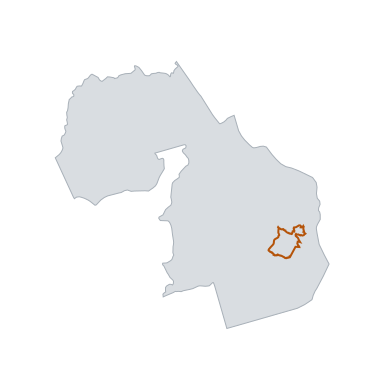 Mulobezi, Western, Zambia (highlighted), rotated 254°
{"feature_id": "96606910B3196683578902", "entity_name": "Mulobezi", "entity_type": "district", "adm_level": 2, "iso_a3": "ZMB", "parent_name": "Zambia", "parent_adm1": "Western", "projection": "mercator", "projection_center": [24.85, -16.28], "detail": "fine", "context": "in_parent", "style": "outline", "palette": "amber", "viewbox_px": 384, "rotation_deg": 254, "n_neighbors": 0, "source": "geoboundaries", "source_scale": "gbopen_adm2", "svg_char_len": 7748}
<svg xmlns="http://www.w3.org/2000/svg" viewBox="0 0 384 384"><g transform="rotate(254 192 192)"><path d="M254.1,253.6L238.0,253.7L232.2,255.0L227.4,257.0L221.7,260.1L218.3,262.3L217.4,263.5L217.0,266.1L217.0,270.2L216.4,273.2L214.7,275.9L206.0,279.2L200.3,281.9L194.7,285.1L190.5,289.2L187.6,294.3L182.8,300.6L172.7,311.9L166.9,314.0L162.1,313.5L156.2,311.2L151.5,310.7L148.0,312.2L144.8,311.7L141.9,309.4L139.4,308.5L137.5,309.2L134.9,309.0L130.3,307.7L126.3,303.7L124.1,302.0L122.4,301.4L117.6,300.8L106.6,299.8L95.1,301.8L85.0,303.9L74.8,294.9L64.9,285.4L62.8,283.0L59.1,279.9L56.4,278.3L55.4,277.6L52.7,269.2L51.2,261.4L51.2,187.9L96.1,187.9L99.0,187.6L99.2,186.8L97.1,182.9L97.2,181.5L97.7,178.9L99.7,173.6L99.8,171.8L98.9,166.1L99.0,162.9L99.5,156.4L99.2,154.2L100.3,151.3L100.6,149.4L101.1,148.5L100.5,146.3L99.6,138.7L99.1,135.4L101.8,135.9L102.7,137.5L103.2,139.2L104.4,139.3L107.6,140.3L108.7,141.8L109.5,144.9L109.0,146.4L108.0,147.7L109.0,148.8L111.2,149.6L112.4,149.4L116.0,147.3L119.4,146.5L121.1,145.9L128.5,144.6L130.0,143.8L131.0,143.8L131.7,144.4L131.1,146.6L130.8,148.5L131.8,152.2L132.5,153.9L134.0,155.1L135.1,155.8L136.4,157.1L138.9,156.9L144.6,158.7L146.4,159.6L148.8,160.5L150.5,160.8L156.3,161.5L162.5,162.5L165.7,162.6L168.0,162.3L169.6,161.8L170.6,161.2L171.0,160.7L173.3,153.7L174.5,153.2L176.1,152.8L177.0,153.5L178.0,157.8L182.4,161.8L184.0,165.1L185.1,168.0L186.1,168.8L187.8,169.8L190.5,170.1L192.9,170.2L205.0,175.1L206.3,176.0L207.8,178.6L208.7,181.5L209.6,183.8L211.2,184.3L212.6,184.4L213.9,186.0L215.0,187.4L218.5,193.2L219.0,195.5L220.8,197.0L223.1,197.6L225.3,197.7L226.5,197.0L229.6,195.9L232.0,194.5L233.8,194.0L234.8,194.3L235.6,195.3L236.1,198.1L237.9,199.1L239.1,198.7L239.6,197.6L239.6,197.0L239.6,167.0L238.5,167.2L237.1,168.1L233.9,168.2L232.7,168.8L232.3,169.8L232.5,171.0L232.6,172.7L232.1,173.5L230.7,173.8L228.7,173.2L225.0,172.3L222.0,171.8L219.8,169.5L216.8,166.2L214.9,164.4L210.2,160.9L209.4,160.2L208.0,158.6L206.7,155.8L205.6,152.5L204.9,150.5L206.1,147.3L208.8,136.9L209.4,133.7L211.7,130.5L211.9,127.6L211.0,123.8L211.2,121.7L211.5,109.9L210.9,106.2L209.4,102.1L206.0,96.4L206.0,95.1L211.2,91.4L212.8,90.0L215.5,87.0L217.3,84.4L218.5,82.3L218.9,79.6L218.0,77.1L219.8,76.6L262.6,70.0L263.3,71.7L264.6,74.7L266.0,76.8L267.9,78.7L269.4,79.8L270.5,80.2L277.1,80.1L279.5,81.2L281.5,82.6L282.0,84.9L283.4,86.3L284.9,87.4L285.5,87.5L286.6,87.3L288.4,87.3L290.0,87.7L290.8,88.2L290.9,90.1L291.4,91.0L293.6,91.3L295.9,91.4L298.1,92.7L300.4,92.9L303.2,93.5L304.5,94.8L307.4,96.2L311.0,97.5L314.9,99.6L315.0,100.2L315.7,101.5L316.4,102.3L316.4,103.6L316.7,104.8L317.7,105.1L318.6,105.2L319.4,104.4L320.4,104.4L321.6,104.9L322.0,106.3L322.9,108.2L324.3,109.5L325.3,110.7L325.0,112.9L324.3,115.0L326.3,117.0L328.9,119.0L329.6,119.8L329.8,122.7L330.2,123.7L331.9,126.0L332.8,127.6L332.7,128.5L328.0,133.3L325.2,134.0L323.9,135.0L323.1,136.0L325.0,140.7L326.0,142.5L325.2,144.7L323.3,148.5L322.4,148.8L322.3,151.7L322.9,152.8L323.8,153.6L324.2,155.6L324.1,160.4L322.9,166.0L325.0,170.8L325.8,171.3L328.7,171.3L329.2,171.8L328.5,173.1L326.4,175.3L322.7,176.9L317.4,178.7L316.2,180.5L315.5,183.0L316.1,184.5L316.8,185.4L316.6,187.6L316.1,190.0L316.3,191.8L316.1,193.4L315.4,194.2L314.4,196.7L313.3,199.2L312.4,200.3L311.0,201.5L308.9,202.5L308.9,203.0L311.3,204.1L312.0,204.9L312.2,205.5L311.2,206.7L312.3,207.5L313.6,208.1L314.9,209.8L316.4,212.9L316.6,213.2L317.1,213.2L317.9,212.9L319.3,211.6L320.4,211.2L321.7,213.0L299.3,220.7L294.1,222.3L286.2,225.0L283.7,226.0L281.6,227.0L260.8,233.0L257.5,234.2L250.1,237.3L249.9,237.8L250.0,239.2L250.6,242.1L251.9,244.8L253.0,246.3L253.7,250.2L254.1,253.6Z" fill="#d9dde1" stroke="#a8b0b8" stroke-width="1"/><path d="M134.4,265.0L133.6,265.3L133.1,265.2L132.4,265.0L131.6,264.6L130.8,264.3L129.2,263.8L128.7,263.8L127.9,263.9L127.5,264.0L127.2,264.0L126.5,264.0L126.3,263.8L125.9,263.0L124.7,262.4L124.7,262.1L124.3,261.2L124.2,260.4L123.9,259.4L123.8,258.9L123.6,258.4L123.4,258.1L123.0,257.7L122.5,257.4L121.9,257.1L121.0,256.8L120.2,256.4L119.8,256.2L119.5,255.9L118.9,255.1L117.2,252.2L116.9,251.9L116.7,251.4L116.3,251.0L116.0,250.4L115.7,250.1L115.4,249.8L114.9,249.5L114.4,249.6L114.2,249.8L113.7,250.2L113.5,250.3L113.4,250.5L113.1,250.5L112.9,250.6L112.7,250.9L112.7,251.1L112.4,251.6L112.1,251.7L112.0,251.9L112.0,252.0L111.9,252.0L111.7,251.9L111.5,252.1L111.2,252.3L111.1,252.7L110.8,252.8L110.6,252.9L110.3,253.1L110.0,253.2L109.8,253.3L109.6,253.2L109.3,253.0L109.1,253.0L109.0,253.3L108.9,253.5L108.7,253.8L108.8,253.9L108.6,254.0L108.5,253.9L108.4,253.9L108.3,254.0L108.2,254.1L108.2,254.3L108.3,254.5L108.2,254.9L108.1,255.0L107.9,255.2L107.9,255.4L108.0,255.6L108.0,255.8L108.1,256.2L108.0,256.3L107.9,256.4L108.0,256.6L107.9,256.6L108.0,257.1L107.9,257.1L107.8,257.3L107.6,257.4L107.6,257.7L107.5,258.0L107.2,258.4L107.0,258.6L106.9,258.8L106.7,259.2L106.5,259.3L106.5,259.5L106.5,259.8L106.4,259.9L106.2,260.0L105.9,260.4L105.9,260.5L105.7,260.7L105.5,261.0L105.2,261.3L105.0,261.5L104.9,261.5L104.7,261.8L104.4,262.0L104.2,262.3L103.9,262.6L103.8,262.8L103.5,262.8L103.3,263.0L103.2,263.0L102.8,263.4L102.8,263.5L102.7,263.7L102.7,263.8L102.6,264.0L102.6,264.4L102.6,264.5L102.4,264.8L102.5,265.0L102.4,265.0L102.4,265.3L102.5,265.3L102.4,265.3L102.4,265.5L102.4,265.8L102.3,266.0L102.3,266.3L102.3,266.5L102.4,266.8L102.4,267.1L102.5,267.2L102.4,267.2L102.3,267.3L102.3,267.5L102.3,267.8L102.3,268.1L110.8,276.4L109.5,280.0L110.0,280.0L110.3,279.8L110.6,279.8L111.1,279.3L111.6,279.3L111.9,279.2L112.6,279.2L112.9,279.1L113.3,279.0L115.1,279.9L114.9,280.3L114.8,281.1L114.1,282.1L116.3,281.5L117.9,281.3L118.9,281.1L119.7,280.6L120.0,280.3L121.2,279.6L122.3,279.8L122.5,279.9L122.7,280.0L123.0,280.4L122.8,280.5L122.5,280.8L122.4,281.0L122.2,281.2L122.0,281.7L121.9,281.9L121.9,282.4L121.8,282.7L121.4,283.0L121.2,283.2L121.1,283.3L121.0,283.5L120.8,283.6L120.7,283.9L120.5,284.1L120.4,284.2L120.6,284.7L120.5,284.8L120.4,285.3L120.0,285.6L119.7,286.1L119.7,287.2L119.7,287.5L120.5,288.7L120.5,289.0L120.7,289.5L121.3,289.1L121.7,288.6L121.9,288.6L122.2,288.7L122.5,288.8L122.9,288.7L123.4,288.8L123.5,288.8L123.5,288.7L123.6,288.8L123.9,288.7L124.1,288.7L124.4,288.8L124.9,288.8L125.3,288.9L125.6,288.9L125.9,288.8L126.7,289.2L128.0,289.8L128.1,289.7L128.3,289.5L128.2,289.4L128.3,289.4L128.2,289.3L128.2,289.2L128.3,288.9L128.3,288.7L128.1,288.5L127.9,288.5L127.8,288.4L127.9,288.1L128.0,287.9L128.0,287.5L128.1,287.4L128.2,287.2L127.9,287.0L128.0,286.8L128.7,287.5L130.1,286.7L130.4,285.6L130.0,284.2L129.5,282.2L129.8,280.3L129.4,280.1L129.2,279.8L128.9,279.9L128.7,279.9L128.3,279.7L128.1,279.7L127.9,279.7L128.0,279.6L126.9,279.4L126.5,279.3L126.4,279.4L126.1,279.3L126.2,279.2L126.3,279.0L126.3,278.7L126.5,278.5L126.5,278.2L126.4,278.2L126.2,278.0L126.1,277.8L125.8,277.7L125.7,277.6L125.4,277.5L125.4,277.4L125.5,277.3L125.4,277.2L125.2,277.1L125.0,276.9L124.8,276.9L124.7,276.8L124.6,276.7L124.3,276.6L124.2,276.5L124.2,276.4L124.3,276.4L124.2,276.2L124.3,276.0L124.4,275.9L124.5,275.9L124.6,275.7L124.6,275.4L124.8,275.2L125.0,275.0L125.0,274.8L125.0,274.7L125.1,274.4L125.3,274.3L125.4,274.2L125.5,274.2L125.8,273.8L125.8,273.6L126.1,273.5L126.1,273.3L126.1,273.2L126.3,272.9L126.5,272.7L126.8,272.4L127.0,272.2L127.6,271.7L127.8,271.6L128.0,271.6L128.3,271.4L128.5,271.3L128.6,271.1L128.9,270.9L129.1,270.9L129.4,270.6L129.5,270.7L129.7,270.3L130.0,270.1L130.1,269.9L130.5,269.8L130.7,269.7L130.7,269.8L130.9,269.7L131.2,269.5L131.3,269.3L131.2,269.1L131.1,268.9L131.2,268.5L131.2,268.3L131.3,268.1L131.5,267.7L131.9,267.0L132.1,266.8L132.4,266.7L132.6,266.5L132.7,266.2L133.0,266.0L133.3,265.8L133.4,265.7L133.7,265.5L134.0,265.4L134.2,265.2L134.5,265.1L134.4,265.0Z" fill="none" stroke="#b45309" stroke-width="2"/></g></svg>